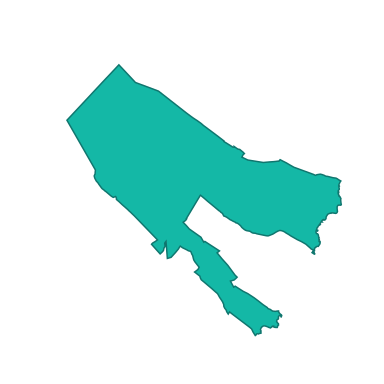 Sagaga le Falefa, A'ana, Samoa (Robinson projection), rotated 122°
{"feature_id": "51752279B7891864282518", "entity_name": "Sagaga le Falefa", "entity_type": "district", "adm_level": 2, "iso_a3": "WSM", "parent_name": "Samoa", "parent_adm1": "A'ana", "projection": "robinson", "projection_center": [-171.867, -13.864], "detail": "fine", "context": "isolated", "style": "filled", "palette": "teal", "viewbox_px": 384, "rotation_deg": 122, "n_neighbors": 0, "source": "geoboundaries", "source_scale": "gbopen_adm2", "svg_char_len": 4891}
<svg xmlns="http://www.w3.org/2000/svg" viewBox="0 0 384 384"><g transform="rotate(122 192 192)"><path d="M169.9,330.7L197.4,336.1L224.5,285.6L228.2,283.7L229.8,283.6L230.5,283.2L231.6,282.0L232.2,281.1L233.5,278.8L234.0,276.8L234.8,275.1L236.5,270.9L236.8,269.9L237.0,267.6L237.3,266.1L237.3,265.0L238.1,259.7L238.3,258.2L238.3,256.0L238.1,255.7L236.8,254.9L236.3,254.4L237.2,252.8L238.0,252.5L238.4,252.0L238.9,248.6L239.7,244.7L240.9,237.4L241.4,235.3L241.7,233.4L242.1,231.7L242.8,228.3L250.9,195.9L253.6,197.0L255.9,198.2L256.9,198.5L257.8,198.6L261.4,186.2L258.9,185.5L257.0,185.2L256.3,185.3L254.7,186.0L253.0,186.0L252.0,186.3L250.1,187.9L249.2,188.1L247.6,187.9L261.4,177.7L258.5,175.1L252.0,173.9L247.3,173.3L245.7,173.4L244.1,173.3L244.3,170.5L243.8,165.8L243.8,164.5L243.6,163.3L243.1,162.0L243.3,161.2L245.0,158.9L245.5,157.8L247.3,156.0L248.6,154.6L249.7,152.5L251.0,148.9L252.0,146.1L253.8,146.0L254.3,145.8L258.5,147.4L259.2,140.7L260.3,139.6L261.5,137.7L262.9,127.8L263.4,124.2L264.1,120.1L264.4,118.3L264.4,117.9L264.8,116.2L266.8,112.6L267.9,110.1L269.0,107.8L270.6,105.5L272.2,104.3L273.2,102.7L274.1,100.3L275.1,99.2L276.3,96.6L273.8,96.6L274.2,93.0L276.2,71.1L276.6,68.8L278.4,66.0L280.2,62.3L279.1,61.9L278.1,62.0L277.3,61.1L277.1,60.3L276.4,60.0L275.2,58.7L273.9,59.5L274.0,59.8L273.0,60.1L272.9,60.4L272.3,61.1L271.5,61.3L271.0,61.3L269.7,61.4L268.9,60.9L268.1,60.7L267.7,60.4L266.9,59.1L266.5,57.6L266.2,56.0L266.2,55.4L265.7,53.4L264.3,52.9L263.7,52.9L263.0,52.5L262.5,51.7L263.2,51.5L262.8,49.7L262.5,49.6L262.1,48.5L261.7,47.9L260.8,48.1L259.7,48.5L259.0,48.1L257.8,49.0L257.7,50.2L257.2,50.8L257.2,51.5L256.8,51.7L255.4,52.2L254.5,51.9L254.3,51.6L253.7,51.6L253.0,51.9L252.6,52.3L251.6,52.8L250.2,52.1L250.1,50.9L250.7,50.4L250.6,50.1L249.1,50.5L248.8,51.2L248.7,52.8L248.1,54.4L247.6,55.4L247.1,55.5L246.6,55.0L247.7,56.5L249.1,58.1L249.7,59.4L250.2,60.4L250.3,60.7L250.1,63.4L250.6,65.7L250.1,66.9L249.9,72.0L249.2,78.4L248.8,83.0L248.6,90.9L249.1,95.9L249.0,105.5L250.6,106.2L247.2,112.2L244.2,109.6L241.8,108.9L240.3,108.6L239.7,111.4L235.2,122.8L232.7,131.4L230.3,138.5L227.4,137.5L227.1,154.9L228.3,155.4L225.6,160.5L224.8,174.7L223.4,179.3L222.6,182.7L222.3,183.5L220.0,182.6L219.7,182.4L217.6,182.3L217.6,182.7L202.0,183.0L196.5,183.1L190.3,183.2L190.3,182.5L190.9,178.1L191.6,173.8L192.4,167.6L193.6,159.1L193.5,158.3L193.9,156.8L194.0,155.1L194.3,154.3L195.5,152.4L195.2,151.1L195.0,149.4L195.2,146.0L195.3,144.8L195.1,143.9L195.0,141.4L194.7,139.8L194.9,138.3L194.4,137.0L194.5,135.2L194.9,132.8L195.6,131.1L195.8,130.0L196.1,127.8L196.1,126.5L195.9,125.4L195.3,123.8L194.7,122.4L194.6,121.7L194.7,119.8L194.5,118.5L193.4,116.4L193.1,114.9L190.7,108.4L189.8,106.0L189.3,104.9L188.6,103.9L184.8,101.1L181.5,99.5L179.6,98.4L178.3,97.4L177.8,96.6L177.3,95.4L176.9,93.7L176.8,92.0L176.9,90.8L176.8,87.2L176.9,85.0L176.6,77.5L176.1,73.1L176.0,70.3L175.9,67.8L176.4,64.9L176.9,61.8L177.2,60.7L176.8,58.3L178.7,58.0L179.8,58.1L179.9,55.3L179.4,55.1L179.1,55.7L178.0,57.1L177.4,57.4L177.0,57.0L176.5,57.2L176.5,57.9L175.6,57.8L175.0,58.2L174.5,58.3L173.8,57.8L173.2,57.9L172.8,57.5L172.1,57.3L171.7,57.0L171.2,56.1L168.5,56.0L167.4,56.3L167.0,56.5L166.8,57.2L166.6,56.9L166.0,57.2L166.1,58.3L165.7,58.6L164.6,59.0L164.7,59.5L163.8,60.1L163.4,60.1L163.4,60.5L162.9,60.8L161.3,62.4L160.9,63.4L161.3,64.3L160.6,65.4L159.6,66.0L158.9,66.2L158.7,64.9L158.3,64.8L157.8,65.0L158.0,66.4L157.1,66.7L155.9,66.9L155.2,66.7L154.8,66.9L153.3,66.7L152.9,66.5L152.4,66.7L152.1,66.1L151.7,66.0L151.7,66.5L151.2,66.6L149.6,66.6L148.7,66.6L148.4,65.8L148.0,66.6L146.5,66.4L145.7,65.9L146.0,65.4L145.4,64.9L145.4,64.5L144.5,64.4L143.9,64.2L143.2,64.4L142.2,65.0L141.3,65.1L139.4,65.1L138.8,65.0L137.9,64.5L136.4,63.2L136.4,62.8L135.6,62.4L134.8,60.7L134.0,58.8L133.5,58.4L132.7,58.1L131.4,58.3L130.5,59.1L128.8,60.4L127.5,61.1L127.1,61.2L125.8,61.1L125.1,60.2L124.3,58.8L123.6,58.7L122.3,59.9L119.8,61.8L118.7,62.2L118.4,62.6L118.0,63.6L117.7,63.8L117.4,64.7L117.5,65.4L117.0,65.5L116.3,66.7L115.6,67.4L115.1,67.7L114.8,67.2L114.2,67.5L114.3,68.2L113.3,68.7L111.9,68.5L111.1,68.9L110.3,69.8L109.4,70.2L108.9,70.1L108.7,70.5L108.9,70.9L107.6,71.4L105.2,71.7L103.8,71.6L103.9,74.5L103.8,75.5L103.9,77.2L105.1,79.8L106.0,82.5L106.9,85.3L107.7,86.9L107.8,88.7L108.3,91.0L108.9,92.7L110.4,94.4L111.1,95.2L112.5,96.2L112.7,98.3L113.0,99.7L116.6,116.8L117.0,118.6L117.2,123.3L117.3,127.4L117.7,131.7L117.9,134.4L119.9,134.7L120.3,135.5L120.9,136.2L122.8,138.6L125.8,142.7L129.2,147.2L135.3,161.6L136.0,168.1L133.8,168.4L132.7,168.3L131.7,167.9L131.2,169.5L130.6,174.1L131.2,175.5L131.3,176.7L131.1,180.4L131.7,180.0L132.3,181.0L132.3,191.7L131.8,191.8L131.1,198.8L129.5,217.7L129.3,218.8L129.0,220.8L128.7,225.5L128.7,226.6L128.6,230.3L128.4,233.3L127.9,239.2L124.2,273.9L129.1,298.0L122.9,321.4L147.9,326.4L169.9,330.7Z" fill="#14b8a6" stroke="#0f766e" stroke-width="1.5"/></g></svg>